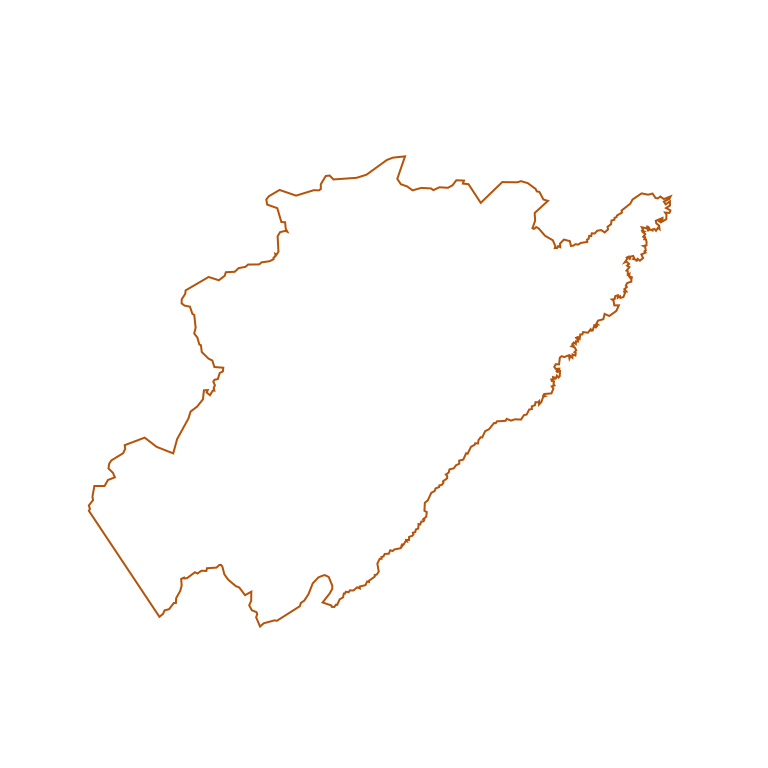 the district of Ahafo Ano North, Ashanti, Ghana, rotated 172°
{"feature_id": "2480657B6504340506710", "entity_name": "Ahafo Ano North", "entity_type": "district", "adm_level": 2, "iso_a3": "GHA", "parent_name": "Ghana", "parent_adm1": "Ashanti", "projection": "albers", "projection_center": [-2.252, 6.91], "detail": "fine", "context": "isolated", "style": "outline", "palette": "amber", "viewbox_px": 768, "rotation_deg": 172, "n_neighbors": 0, "source": "geoboundaries", "source_scale": "gbopen_adm2", "svg_char_len": 6132}
<svg xmlns="http://www.w3.org/2000/svg" viewBox="0 0 768 768"><g transform="rotate(172 384 384)"><path d="M548.3,183.6L546.4,178.4L542.0,175.8L541.6,173.6L543.1,170.8L540.5,161.1L536.4,163.8L525.2,165.2L523.1,164.4L498.2,175.7L496.8,178.8L493.2,180.5L488.1,186.3L482.3,196.5L476.1,201.5L472.2,202.6L469.2,203.0L465.6,200.6L463.3,191.6L463.7,188.4L466.9,184.2L475.2,176.2L466.9,172.0L466.8,170.6L464.3,170.1L462.2,172.2L461.1,171.8L457.9,176.9L454.2,178.5L453.0,182.1L451.8,181.9L450.7,183.6L448.0,182.7L446.5,184.4L443.0,183.8L438.9,186.4L436.4,184.9L436.3,186.8L430.3,187.4L428.2,190.8L426.4,190.0L426.2,191.3L419.9,194.6L419.8,196.1L417.7,196.3L415.3,199.0L415.6,207.0L412.7,211.4L410.7,211.3L410.6,213.1L408.5,213.3L407.0,215.6L402.9,215.3L400.9,218.5L398.7,217.4L396.8,218.7L390.3,219.1L388.0,221.5L389.2,221.3L388.6,222.6L386.7,222.5L384.3,225.6L383.3,225.0L383.7,226.5L380.9,226.0L380.5,229.0L377.1,229.8L375.8,230.9L376.1,232.7L373.7,233.0L372.7,235.5L370.2,236.1L369.3,240.5L367.7,239.8L366.2,242.6L364.0,242.5L363.0,243.8L364.0,244.7L360.6,246.7L359.5,251.3L361.6,252.8L360.1,260.7L356.8,262.7L352.3,269.7L348.8,270.9L347.5,273.4L343.7,274.3L343.3,275.9L340.8,276.1L338.9,277.8L339.2,279.4L334.6,281.8L334.2,284.1L335.3,285.8L332.2,287.3L331.1,290.3L326.6,290.8L324.2,293.4L320.5,294.6L320.2,297.7L316.0,298.1L312.3,304.0L310.9,303.3L306.6,309.7L302.6,311.2L302.0,312.6L299.2,312.0L298.2,315.3L295.7,317.8L294.2,317.4L290.3,323.3L286.5,324.5L280.4,330.1L278.9,329.6L277.3,331.3L268.7,330.6L267.4,332.4L263.4,330.1L259.1,330.8L253.3,329.7L249.8,333.7L247.0,333.9L243.8,338.5L241.0,338.6L240.8,341.3L237.5,342.0L236.5,344.9L234.1,344.4L232.8,345.4L233.3,342.1L230.7,344.2L228.2,349.1L226.2,349.5L227.9,350.4L226.7,351.8L219.5,351.4L216.9,355.9L218.2,358.3L215.4,358.8L216.2,360.3L215.2,362.9L217.4,363.6L217.7,365.2L215.6,365.3L215.6,367.3L213.5,366.3L213.6,364.7L211.6,368.2L210.3,366.1L208.9,367.3L207.9,372.3L210.7,371.7L211.4,372.6L210.9,373.9L209.0,373.3L208.3,374.8L211.9,375.1L213.0,377.3L211.2,379.7L207.9,379.1L206.2,385.7L204.2,386.8L201.7,385.6L196.9,386.8L196.8,383.4L195.4,385.8L193.8,383.8L193.2,387.0L190.5,385.6L189.8,388.0L191.0,389.0L189.0,390.5L190.0,393.7L192.9,395.3L191.1,395.9L192.0,397.3L190.3,398.7L188.5,396.9L187.9,399.6L186.0,399.0L185.6,400.5L187.3,403.0L185.5,403.6L183.9,401.6L182.8,405.7L180.6,405.5L179.7,407.7L174.9,406.4L171.7,409.5L171.2,407.9L169.9,407.9L168.1,411.8L166.3,410.5L165.2,411.5L166.6,413.0L163.9,413.0L165.2,414.3L163.2,417.0L157.8,417.6L155.8,422.7L151.5,420.0L143.8,424.0L140.5,429.2L145.0,429.8L145.1,434.6L146.5,436.0L143.8,436.0L142.7,438.9L140.0,439.3L140.5,436.9L138.1,438.1L137.9,436.4L134.8,436.8L132.8,440.4L133.3,442.0L131.1,441.8L132.8,444.5L130.0,446.2L130.9,447.7L129.0,450.2L124.9,450.9L124.4,453.1L125.7,455.3L122.9,454.7L126.3,456.7L125.6,459.0L127.4,458.3L126.9,461.8L128.1,462.5L124.7,465.6L126.8,467.4L124.6,468.8L127.0,471.5L128.6,471.0L125.6,474.2L126.1,475.4L123.9,476.1L123.2,473.0L122.6,475.8L119.4,476.1L118.7,473.8L119.8,473.1L116.8,471.8L117.0,470.2L115.4,472.6L113.4,470.5L109.9,472.7L111.1,476.5L106.7,477.7L107.5,479.2L106.2,479.9L106.3,483.5L107.9,484.6L104.8,484.8L104.2,488.2L104.5,490.8L106.1,491.1L104.5,493.8L105.5,492.9L106.8,493.7L104.4,496.1L106.5,498.4L105.0,498.8L107.0,500.1L106.1,501.0L106.9,503.3L101.7,501.5L101.4,503.3L100.4,502.8L99.7,501.4L101.5,500.5L101.1,499.2L99.3,500.0L96.7,498.6L96.4,499.7L94.5,499.9L93.3,497.9L90.9,500.6L89.6,499.1L89.5,502.6L92.0,505.2L92.1,507.8L85.1,509.7L85.3,508.5L88.7,506.7L87.4,505.5L81.5,507.9L80.7,512.3L81.8,514.7L77.7,513.7L76.6,515.0L76.2,516.1L80.2,519.0L76.0,520.9L75.4,525.1L80.1,522.7L81.5,525.7L75.8,527.5L74.1,529.9L81.1,528.2L84.3,531.2L87.0,529.7L89.2,530.4L91.6,535.2L96.1,534.7L102.4,536.9L112.2,532.1L115.0,528.3L124.6,522.7L124.5,520.6L129.9,518.4L130.6,516.9L132.6,516.4L133.0,514.6L136.0,514.2L136.9,510.6L140.7,508.6L140.7,505.8L144.4,503.4L147.5,506.2L151.6,506.1L154.4,503.7L157.3,504.3L158.2,501.6L160.1,502.2L161.2,499.3L162.8,498.7L162.9,496.4L169.6,496.3L172.1,495.0L175.0,495.8L177.0,494.7L179.7,494.7L180.1,499.6L185.7,502.0L190.2,498.5L190.4,495.0L192.4,496.3L193.6,494.6L195.9,494.9L195.1,496.5L196.8,502.8L204.0,508.5L209.2,516.6L211.5,518.2L213.9,516.7L215.3,517.6L211.6,524.7L211.0,532.4L196.2,542.5L200.5,544.6L203.4,552.6L205.9,553.5L206.7,556.1L213.7,562.9L220.1,565.8L224.0,565.2L238.8,567.5L263.0,549.9L272.5,570.1L278.0,571.5L276.5,574.3L284.0,575.7L288.4,571.3L293.3,569.4L301.8,571.1L308.2,569.1L310.2,571.1L319.8,573.0L328.8,571.8L333.4,576.3L339.5,579.5L342.3,585.3L331.5,606.5L343.8,606.9L350.1,605.4L372.2,593.7L382.4,592.0L405.6,593.6L408.8,598.0L412.7,598.1L418.8,590.6L419.4,585.9L421.5,584.8L426.5,585.7L444.9,582.8L460.4,590.7L471.8,586.0L474.9,583.1L474.7,577.9L465.2,573.0L463.1,558.7L459.4,557.9L459.7,551.6L458.5,548.2L460.6,549.4L465.8,548.8L468.8,545.1L470.1,529.7L472.5,527.0L473.6,528.0L473.7,525.6L475.8,524.5L475.9,523.0L480.2,521.5L488.3,521.5L491.0,519.8L502.0,521.2L504.9,519.3L511.8,519.0L516.2,515.9L525.1,516.7L526.6,513.4L533.1,509.7L542.8,514.4L567.4,504.3L568.3,500.9L572.5,496.1L573.2,492.0L570.6,489.4L565.4,487.6L564.0,480.2L562.3,478.7L562.7,466.0L564.9,460.4L562.4,456.1L561.4,448.9L559.9,447.9L560.0,441.0L554.3,433.6L550.7,431.1L549.6,424.4L540.9,422.5L541.8,418.9L545.1,417.8L547.9,412.0L551.2,411.8L552.7,410.1L551.6,406.2L553.2,403.9L552.9,401.0L554.5,401.3L557.9,397.1L560.8,400.3L559.4,402.5L563.2,402.8L565.4,394.1L572.1,387.7L579.4,383.6L582.5,377.0L596.5,358.3L602.4,344.6L617.9,353.4L628.5,364.2L649.3,359.5L649.3,355.9L651.9,351.8L664.6,346.3L667.2,343.4L668.6,338.7L664.8,333.8L663.5,329.0L670.7,327.4L674.9,321.9L685.0,323.3L688.4,313.0L688.3,309.5L693.2,304.8L692.6,301.2L693.9,299.5L638.8,184.7L634.8,187.1L632.8,190.4L628.2,190.9L622.7,196.3L620.6,196.0L619.6,200.9L614.5,207.6L612.4,212.7L612.0,219.2L609.0,220.1L608.9,219.2L606.0,219.2L597.4,223.9L595.1,222.3L590.8,224.5L585.9,223.6L585.0,226.2L575.5,225.5L572.2,227.7L570.6,227.6L569.5,225.8L568.6,217.8L565.6,212.0L558.8,204.4L555.6,202.6L551.0,194.2L544.3,196.8L545.7,187.8L548.3,183.6Z" fill="none" stroke="#b45309" stroke-width="2"/></g></svg>